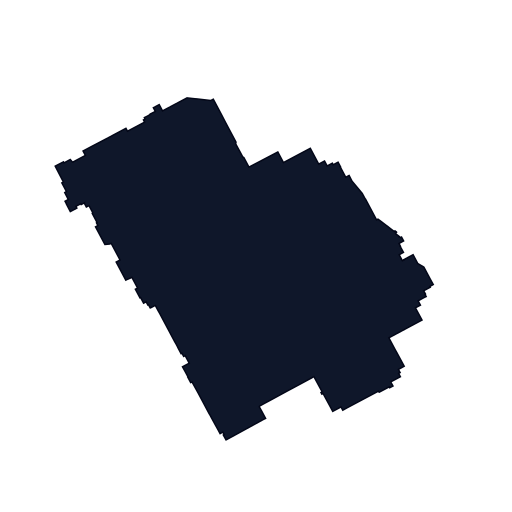 outline of Wongan-Ballidu, Western Australia, Australia, rotated 242°
{"feature_id": "25037944B4040834169290", "entity_name": "Wongan-Ballidu", "entity_type": "district", "adm_level": 2, "iso_a3": "AUS", "parent_name": "Australia", "parent_adm1": "Western Australia", "projection": "albers", "projection_center": [116.851, -30.731], "detail": "fine", "context": "isolated", "style": "filled", "palette": "ink", "viewbox_px": 512, "rotation_deg": 242, "n_neighbors": 0, "source": "geoboundaries", "source_scale": "gbopen_adm2", "svg_char_len": 4611}
<svg xmlns="http://www.w3.org/2000/svg" viewBox="0 0 512 512"><g transform="rotate(242 256 256)"><path d="M107.7,143.2L107.7,143.5L107.8,155.5L108.2,185.9L108.1,188.2L111.1,188.2L115.9,188.2L120.8,188.1L121.3,188.1L121.5,188.2L121.7,188.5L121.8,188.8L121.9,194.3L121.9,200.2L122.0,209.8L122.1,220.3L122.1,226.4L122.2,244.2L122.2,245.7L122.2,247.8L122.3,247.8L122.3,248.1L122.3,250.5L108.5,250.6L105.0,250.7L105.0,249.3L103.1,249.3L103.1,250.7L99.1,250.7L88.8,250.8L85.0,250.8L82.8,250.8L82.8,258.9L83.0,259.4L83.0,260.1L82.9,260.2L80.1,260.2L79.1,260.2L79.2,265.1L79.2,277.5L79.2,281.4L79.2,285.9L79.2,287.7L79.2,290.8L79.2,300.5L78.4,300.6L78.2,300.7L77.9,300.9L77.9,301.0L77.9,307.4L77.9,310.0L77.9,312.2L76.9,312.2L76.9,312.9L76.9,313.9L76.9,315.6L76.9,315.9L81.6,315.8L81.6,326.8L85.4,326.8L85.4,328.5L89.0,328.5L89.1,335.1L89.4,335.1L102.9,335.0L104.2,334.9L104.2,335.0L108.0,334.9L112.1,334.9L115.7,334.9L121.2,334.9L121.4,334.9L121.5,365.0L121.5,372.5L135.4,372.4L135.4,378.1L140.3,378.1L140.3,379.5L140.4,383.0L140.4,383.9L140.4,384.3L140.4,384.9L140.4,385.8L140.3,386.8L140.3,387.2L142.9,387.2L142.9,387.8L146.6,387.7L146.6,391.5L146.6,392.2L146.6,395.2L147.5,395.2L147.6,399.1L154.2,399.0L154.4,399.0L162.2,399.0L167.4,399.0L173.4,395.3L177.3,395.3L183.4,395.3L183.4,392.1L183.4,384.8L183.0,384.8L183.1,383.0L189.9,383.0L190.0,387.9L196.9,387.8L196.9,388.1L199.9,388.1L200.0,393.4L204.4,393.4L204.4,392.3L206.0,391.6L205.5,390.6L206.1,391.6L208.1,390.7L208.7,390.4L208.8,390.3L210.1,389.7L210.3,389.7L211.0,391.3L211.5,391.2L211.9,391.0L212.4,390.7L213.0,390.5L213.0,390.4L212.6,389.6L218.1,387.1L218.3,387.0L220.7,386.0L220.8,385.9L221.8,385.4L227.3,382.9L231.3,381.0L231.3,379.4L235.0,379.4L238.8,379.4L239.1,379.4L244.2,379.4L250.9,379.4L254.8,379.4L254.9,379.2L257.0,379.2L261.4,379.2L277.1,375.9L282.2,376.0L283.4,376.0L283.4,372.2L292.2,372.2L295.1,372.2L295.1,372.5L300.3,372.5L300.3,367.0L302.1,367.0L302.1,361.1L306.5,361.1L307.7,361.1L307.7,354.5L316.1,354.5L325.6,354.5L325.6,348.7L325.6,341.5L325.6,324.1L337.6,324.1L337.7,306.9L337.7,306.6L337.7,304.6L337.8,291.5L339.1,291.5L346.9,291.5L348.2,291.5L348.4,291.5L348.6,291.5L348.7,291.4L348.9,291.3L349.1,291.2L349.3,291.1L349.5,291.0L349.7,290.9L349.8,290.8L350.0,290.8L350.3,290.8L355.0,290.8L364.2,290.7L364.3,290.7L364.5,290.8L364.9,290.9L365.0,291.0L365.3,291.3L365.5,291.5L365.8,291.7L366.0,291.8L366.4,291.8L375.0,291.8L375.4,291.8L382.0,291.8L388.4,291.8L397.3,291.9L399.9,291.9L402.0,291.9L414.5,291.9L414.5,289.6L414.5,289.4L414.6,289.2L414.7,288.8L422.3,277.8L423.7,275.6L423.8,275.5L424.8,274.0L425.9,272.4L426.3,271.8L428.0,269.3L428.0,266.5L428.0,265.0L428.0,253.5L428.0,244.4L428.0,241.6L435.1,241.6L435.1,235.0L433.0,235.0L432.3,235.0L430.9,235.0L431.0,229.8L431.0,229.4L431.0,229.1L430.9,228.8L430.8,228.7L430.6,228.6L430.6,228.4L430.5,225.9L430.6,222.4L429.0,222.4L429.0,220.5L426.5,220.5L426.5,209.4L426.5,201.1L429.8,201.1L429.8,176.8L429.9,163.1L429.9,161.8L429.9,152.6L424.9,152.6L424.9,152.4L424.9,138.2L426.0,137.8L426.5,137.7L427.9,137.4L428.4,137.3L428.4,137.0L428.3,130.2L428.5,130.2L429.5,130.2L429.6,123.8L429.6,120.9L422.2,120.8L411.7,120.7L411.7,118.9L401.9,118.9L401.8,116.9L394.0,116.8L394.0,113.1L392.1,113.1L391.7,113.3L391.6,113.2L391.3,113.0L382.4,112.9L382.4,120.3L384.4,120.3L384.4,125.8L383.5,125.8L383.5,129.3L383.4,129.2L378.9,129.2L378.9,132.2L370.9,132.2L370.5,131.4L370.3,131.4L362.3,131.4L360.1,131.4L360.1,130.7L357.1,130.7L357.1,128.0L352.3,128.0L347.5,128.0L337.1,128.0L335.2,132.6L335.2,134.1L325.6,134.1L323.0,134.1L316.3,134.1L316.3,129.7L306.2,129.7L295.8,129.7L295.8,129.9L295.8,130.4L295.8,131.4L295.7,132.0L295.6,132.8L295.6,133.6L295.5,134.2L295.5,135.1L295.4,135.9L295.4,136.4L283.3,136.4L283.3,133.9L278.8,133.9L273.5,133.9L273.5,134.6L267.1,134.6L267.1,137.4L267.1,137.5L263.5,137.5L263.5,138.2L259.8,138.2L259.7,138.4L259.7,140.7L259.7,142.9L259.7,143.0L259.6,143.5L259.5,143.9L256.8,143.9L253.6,143.9L250.9,144.0L250.3,144.0L248.1,144.0L245.3,144.0L244.1,144.0L242.2,144.0L239.1,144.0L235.8,144.0L232.9,144.0L229.9,144.0L226.8,144.0L224.0,144.0L221.1,144.0L218.4,144.0L216.2,144.1L213.4,144.1L211.1,144.0L206.9,144.0L206.4,144.0L204.9,144.0L204.9,145.0L201.3,145.0L201.3,146.7L198.3,146.7L198.2,146.7L196.8,146.7L192.7,146.7L192.7,143.9L192.7,143.6L192.7,139.3L192.7,139.1L186.9,139.2L180.9,139.2L180.9,138.9L174.9,138.9L174.8,140.4L168.1,140.5L162.0,140.6L156.8,140.6L154.6,140.6L147.3,140.6L139.0,140.6L135.3,140.8L135.3,140.7L125.8,140.8L120.5,140.9L116.0,140.9L116.1,144.0L113.3,144.1L113.3,143.1L107.7,143.2Z" fill="#0f172a" stroke="#020617" stroke-width="1.5"/></g></svg>